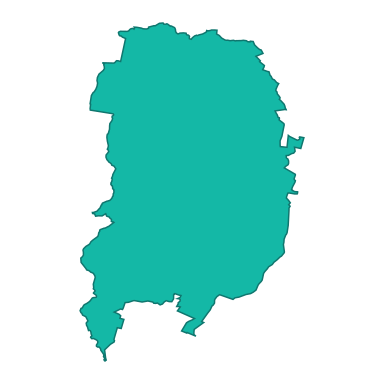 outline of Magesti, Bihor, Romania
{"feature_id": "2599482B73401020399512", "entity_name": "Magesti", "entity_type": "district", "adm_level": 2, "iso_a3": "ROU", "parent_name": "Romania", "parent_adm1": "Bihor", "projection": "robinson", "projection_center": [22.44, 46.993], "detail": "fine", "context": "isolated", "style": "filled", "palette": "teal", "viewbox_px": 384, "rotation_deg": 0, "n_neighbors": 0, "source": "geoboundaries", "source_scale": "gbopen_adm2", "svg_char_len": 5860}
<svg xmlns="http://www.w3.org/2000/svg" viewBox="0 0 384 384"><path d="M303.9,137.7L299.7,136.9L299.3,137.3L299.8,138.6L299.8,139.1L298.2,140.0L297.2,140.2L289.7,136.5L288.3,135.4L287.0,147.3L280.3,146.6L280.1,145.0L280.1,140.8L281.9,136.3L284.2,124.9L283.9,123.6L279.1,119.9L279.4,118.5L279.3,117.8L278.1,117.4L277.3,115.0L275.5,111.9L275.1,110.9L284.9,109.5L286.2,109.7L286.1,109.3L285.8,109.2L285.3,108.2L284.9,106.2L284.1,104.2L280.4,100.2L279.3,99.4L280.1,97.9L279.9,97.3L278.5,95.3L277.4,94.1L276.9,91.8L276.0,90.9L275.8,90.5L276.1,89.0L277.8,85.1L278.7,83.6L276.6,82.5L274.4,79.9L272.4,79.0L271.1,76.3L270.1,75.3L269.0,71.8L267.2,71.4L262.7,69.7L264.0,67.1L264.4,65.5L259.6,61.7L260.3,60.8L255.9,56.3L263.0,53.4L261.2,50.0L259.6,49.5L257.5,47.8L254.6,44.9L253.2,41.5L250.3,41.2L250.1,41.9L247.8,41.7L246.3,40.7L243.3,40.3L241.2,40.6L236.1,40.7L235.3,40.9L233.5,40.3L230.1,40.7L227.7,40.2L226.4,40.3L225.0,40.0L221.6,38.0L219.3,35.5L216.6,34.0L217.0,30.2L214.5,30.0L211.5,30.0L209.7,30.7L209.3,30.6L208.0,30.9L206.7,30.5L206.4,31.8L205.7,32.4L202.6,34.0L198.9,34.9L197.7,35.5L197.1,35.5L196.6,35.2L194.7,35.9L192.3,37.8L191.3,39.3L189.4,38.7L189.3,37.7L189.5,36.5L189.3,36.0L188.4,35.1L187.0,34.9L186.3,34.1L186.1,33.2L183.5,32.9L179.9,33.1L178.5,33.8L177.7,33.8L176.4,32.9L175.6,31.3L175.5,29.8L175.0,28.3L174.5,27.6L171.5,26.1L170.8,25.9L170.4,26.2L167.6,24.1L166.8,23.8L166.0,24.2L163.8,24.2L163.4,23.2L162.9,23.0L159.4,23.3L155.2,25.8L154.0,25.7L148.6,27.1L148.5,28.3L146.6,29.0L143.1,28.8L141.4,28.1L136.9,27.3L134.2,27.1L134.6,27.9L134.0,29.1L133.4,28.6L132.3,28.4L130.6,28.9L129.6,29.7L128.7,30.9L127.2,31.4L120.4,31.3L118.9,31.9L118.4,32.7L119.1,35.0L120.1,36.0L120.9,35.9L121.4,36.1L122.3,37.1L125.6,38.5L120.6,61.5L118.2,60.8L116.7,60.7L116.3,60.9L114.9,62.5L113.9,63.1L102.3,62.8L104.3,63.8L103.7,64.7L104.2,66.3L104.4,68.6L103.3,70.4L99.0,74.1L97.4,77.5L97.0,80.5L97.6,83.1L97.0,86.4L95.8,89.3L94.2,91.8L93.1,92.6L91.4,95.5L90.1,103.7L90.3,103.8L90.4,104.5L90.6,104.5L90.1,108.6L90.3,110.1L110.9,113.4L113.2,113.9L113.6,114.5L113.6,115.0L113.1,115.6L112.1,116.2L112.1,117.6L112.6,118.2L112.0,120.5L109.9,123.5L109.6,125.7L109.5,129.3L108.2,133.7L107.3,134.3L107.0,135.8L106.9,137.6L107.4,141.3L108.4,145.7L108.0,147.7L107.3,149.2L108.1,149.9L108.7,151.7L106.1,155.0L106.0,156.6L106.0,157.3L107.0,159.8L107.7,160.4L108.8,162.0L110.5,163.1L111.4,164.0L111.7,165.1L114.1,166.2L115.8,168.8L112.9,174.4L112.5,176.3L111.6,178.2L112.1,178.6L112.2,179.2L111.8,181.4L111.0,182.8L110.9,183.4L111.2,183.7L110.9,184.5L111.6,185.4L112.2,185.7L112.2,186.2L112.6,187.0L112.6,188.4L113.1,189.2L113.8,189.5L113.8,190.7L114.0,190.9L113.8,192.9L113.2,193.9L113.2,195.9L112.6,196.3L112.1,198.0L111.6,198.3L111.3,199.0L110.3,200.0L109.5,200.5L107.5,201.1L107.1,201.1L102.5,203.1L102.1,203.7L101.9,204.7L101.4,204.9L99.8,208.3L99.0,208.9L97.0,211.2L93.3,212.5L92.4,212.5L92.6,213.5L94.6,213.9L95.6,216.2L98.6,215.8L102.1,215.9L105.7,213.7L106.6,216.1L109.2,217.0L109.7,217.9L111.4,219.4L111.5,219.7L111.3,221.4L111.8,221.7L113.1,221.9L113.9,222.4L108.4,226.6L108.0,226.6L105.0,228.2L104.3,228.1L100.3,229.6L99.7,230.2L99.7,231.2L98.7,232.9L98.4,234.8L97.9,236.2L97.1,237.0L92.7,240.2L90.9,241.8L89.8,243.8L88.9,244.6L85.9,246.4L83.6,248.7L83.0,250.1L83.4,252.3L83.4,255.2L82.2,256.9L80.8,258.1L81.1,262.4L86.1,268.8L86.6,269.9L89.1,270.7L90.8,272.2L92.7,272.9L93.6,273.7L94.9,275.9L95.2,277.6L93.3,284.2L93.7,287.6L93.3,288.8L94.5,289.8L95.1,291.0L93.5,292.8L93.5,293.3L95.8,294.9L96.4,295.7L96.5,296.4L96.3,297.2L95.8,297.4L93.4,297.6L92.3,298.0L90.1,300.9L89.0,301.9L86.7,303.5L84.5,304.6L83.7,305.3L82.3,307.9L81.0,308.4L80.1,310.7L81.0,312.7L81.7,313.1L82.6,315.1L85.8,316.7L87.9,320.8L87.9,321.0L86.2,323.1L86.6,325.5L87.4,326.7L88.5,330.5L89.1,330.2L90.4,330.8L91.0,332.5L91.1,333.8L91.9,335.9L90.7,336.9L90.6,337.4L91.8,338.7L93.6,338.5L96.6,340.0L97.5,340.9L97.9,342.0L97.4,343.5L96.4,345.1L96.5,346.3L97.8,347.1L99.0,347.0L100.5,348.6L100.8,350.2L103.5,354.1L103.8,355.7L103.5,356.6L104.8,358.4L104.7,359.4L104.3,359.2L104.0,359.5L104.3,360.5L105.0,361.0L106.2,360.1L105.6,357.9L104.6,349.9L110.4,344.3L114.1,342.0L114.5,340.6L113.9,339.5L117.3,327.7L121.2,328.5L123.9,319.4L119.9,318.3L120.7,315.8L119.1,314.3L114.2,312.1L120.5,309.0L122.5,309.5L123.3,307.9L125.1,302.6L128.5,302.3L133.3,300.7L134.5,300.6L142.1,302.0L147.9,301.0L152.9,302.1L153.7,303.2L155.7,303.4L157.4,303.0L160.1,304.9L162.5,304.0L164.3,301.9L166.2,300.7L169.1,301.6L171.8,301.7L173.6,298.8L173.6,294.8L174.2,294.5L174.2,293.9L174.7,293.6L179.1,295.1L181.0,295.5L180.1,297.5L177.6,298.6L179.4,298.9L180.2,299.6L180.1,301.0L178.1,302.9L178.2,304.1L177.6,304.8L176.7,306.5L179.7,306.6L180.3,306.9L177.4,310.9L194.5,318.5L192.6,319.7L188.5,321.5L186.5,322.8L181.6,331.0L186.8,333.1L187.1,332.5L195.9,336.2L193.9,334.5L193.9,332.2L194.2,329.4L203.7,322.5L201.6,321.6L207.7,313.1L210.2,309.9L212.0,306.0L213.0,305.3L213.8,304.2L214.5,303.1L214.6,300.0L215.1,299.0L216.9,296.6L219.6,294.7L233.0,299.4L235.0,297.8L239.0,297.1L246.0,294.5L250.6,293.6L253.2,292.2L256.0,290.1L258.0,285.3L258.9,283.9L261.2,281.5L262.2,280.0L263.6,273.4L264.8,271.6L267.3,268.8L268.6,266.8L272.3,264.5L274.0,262.2L277.1,259.8L280.0,257.0L281.5,256.1L284.1,252.9L284.4,252.0L283.4,244.5L283.9,242.2L284.1,239.2L285.7,235.1L286.5,234.1L287.1,232.6L288.2,225.3L289.0,209.9L289.0,208.1L290.1,206.2L288.7,204.7L290.3,202.8L288.5,200.3L286.4,198.1L286.7,196.3L287.9,193.1L289.2,193.0L294.5,193.9L297.2,193.9L297.6,192.9L297.6,191.8L294.7,191.6L292.2,190.3L292.3,190.0L291.6,189.5L292.6,186.7L294.9,182.4L295.4,180.7L294.3,179.6L294.1,178.8L295.4,175.0L295.3,174.3L284.3,167.9L285.6,166.4L288.1,164.7L288.6,163.3L288.6,160.9L287.8,158.9L287.0,158.5L286.3,157.7L286.2,155.6L288.4,155.4L291.7,153.6L293.7,153.1L295.1,151.3L294.5,147.2L300.8,148.5L303.9,137.7Z" fill="#14b8a6" stroke="#0f766e" stroke-width="1.5"/></svg>